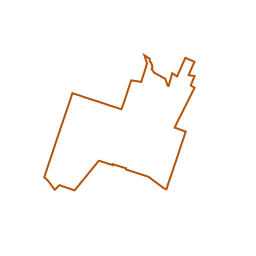 Gottlob, Timis, Romania (orthographic projection), rotated 123°
{"feature_id": "2599482B49237381448413", "entity_name": "Gottlob", "entity_type": "district", "adm_level": 2, "iso_a3": "ROU", "parent_name": "Romania", "parent_adm1": "Timis", "projection": "orthographic", "projection_center": [20.686, 45.94], "detail": "fine", "context": "isolated", "style": "outline", "palette": "amber", "viewbox_px": 256, "rotation_deg": 123, "n_neighbors": 0, "source": "geoboundaries", "source_scale": "gbopen_adm2", "svg_char_len": 3082}
<svg xmlns="http://www.w3.org/2000/svg" viewBox="0 0 256 256"><g transform="rotate(123 128 128)"><path d="M209.4,138.9L208.7,138.8L207.3,138.6L205.6,138.4L202.7,138.0L201.3,137.9L199.2,137.7L196.8,137.4L192.7,136.9L189.9,136.7L186.5,136.3L182.5,135.9L181.6,135.8L178.9,135.5L175.7,135.1L172.5,134.8L171.3,134.6L170.8,133.1L170.3,131.0L169.7,129.0L169.1,126.6L168.5,124.3L167.9,122.3L167.5,120.5L166.6,121.1L166.2,119.7L165.8,118.0L164.9,114.8L163.9,111.3L163.4,109.5L163.2,108.6L162.9,107.8L163.9,107.1L157.8,84.5L159.0,64.4L158.5,63.4L158.4,62.4L156.7,62.8L154.8,63.4L152.9,63.9L151.8,64.2L150.8,64.4L149.0,64.9L147.8,65.2L145.8,65.7L145.3,65.7L143.9,66.1L141.2,66.8L137.7,67.7L137.4,67.8L134.1,68.7L130.5,69.6L129.1,69.9L127.3,70.4L124.8,71.1L123.5,71.4L121.9,71.8L120.4,72.2L120.0,72.3L117.8,72.9L116.2,73.3L113.4,74.1L110.4,74.8L108.7,75.3L108.1,75.4L107.0,75.7L105.4,76.1L104.2,76.5L102.9,76.8L99.6,77.6L100.0,79.3L100.7,82.4L101.3,84.8L102.0,88.2L102.3,89.0L101.2,89.3L99.1,89.5L98.5,89.6L96.0,89.9L94.5,90.1L92.1,90.4L90.3,90.6L87.5,90.8L86.4,91.0L85.7,91.0L58.0,94.1L58.1,97.2L58.1,98.2L58.0,98.6L56.7,98.9L53.6,99.4L51.2,99.9L50.0,100.1L48.2,100.4L48.4,101.0L49.1,102.6L49.2,102.8L50.4,104.9L50.6,106.0L40.7,107.6L36.3,108.3L37.2,113.9L37.9,118.1L45.0,117.0L48.7,116.4L52.2,115.8L53.7,115.6L58.0,114.9L58.0,117.2L58.0,120.7L63.1,119.1L65.6,118.3L68.4,117.5L70.5,116.8L70.9,117.8L70.3,118.5L69.9,119.0L68.6,120.7L67.7,121.9L66.8,123.1L66.4,123.5L66.4,124.2L66.4,124.4L66.4,124.6L66.7,126.2L66.7,126.5L66.7,127.2L66.8,129.2L66.8,129.5L66.9,130.0L67.0,130.7L67.1,131.9L67.1,132.6L67.1,133.0L67.3,135.1L67.4,136.1L67.1,136.9L66.3,138.6L65.7,140.3L64.9,140.4L63.8,140.5L62.5,141.9L61.6,142.8L61.1,143.6L60.4,145.1L60.3,145.3L60.4,145.6L60.3,145.8L60.2,145.9L59.8,146.3L59.1,146.9L58.9,147.1L58.6,147.4L58.1,147.5L58.1,150.3L58.1,153.4L58.1,153.9L58.9,152.8L59.5,152.1L62.0,149.0L63.3,147.3L66.6,146.3L71.5,144.9L76.3,143.6L81.0,142.3L82.2,142.0L83.3,144.6L84.5,147.4L85.9,150.3L86.3,151.2L90.8,150.1L95.7,148.8L100.8,147.4L105.8,146.1L110.8,144.9L115.6,143.7L115.8,143.8L116.2,144.9L116.6,146.4L117.2,149.1L118.1,152.1L118.9,155.0L119.7,158.0L120.5,161.2L121.3,164.2L122.1,167.7L122.7,169.3L123.0,170.6L123.8,173.5L124.7,176.6L125.4,179.5L125.8,180.8L126.0,181.7L126.0,181.9L126.2,182.6L126.7,184.7L126.9,185.5L127.6,188.2L127.7,188.5L128.5,191.3L129.1,193.6L131.1,193.1L133.6,192.4L135.0,192.0L138.1,191.2L141.6,190.3L144.0,189.7L148.0,188.7L150.5,188.1L152.7,187.5L155.5,186.8L156.5,186.5L158.6,186.0L159.7,185.7L161.2,185.4L162.8,185.0L164.3,184.6L165.6,184.3L166.8,183.9L169.1,183.3L170.8,182.9L173.2,182.3L175.5,181.7L177.5,181.1L179.6,180.6L181.9,180.0L184.9,179.2L186.3,178.9L188.2,178.3L191.8,177.4L194.4,176.8L214.9,171.4L215.5,168.1L215.8,166.7L216.0,165.7L216.7,163.9L217.0,163.0L217.6,161.5L218.3,159.7L219.4,156.5L219.7,155.8L219.7,155.7L218.8,155.5L217.8,155.3L216.9,155.1L216.2,155.0L215.6,154.9L214.5,154.6L213.3,154.4L213.0,153.4L212.7,151.9L211.9,148.8L211.3,146.3L211.0,145.3L210.2,142.0L209.4,138.9Z" fill="none" stroke="#b45309" stroke-width="2"/></g></svg>